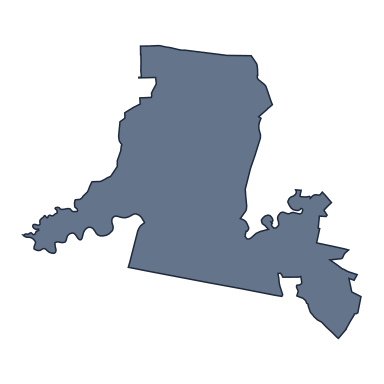 Chichis, Covasna, Romania
{"feature_id": "2599482B66417374459727", "entity_name": "Chichis", "entity_type": "district", "adm_level": 2, "iso_a3": "ROU", "parent_name": "Romania", "parent_adm1": "Covasna", "projection": "orthographic", "projection_center": [25.8, 45.769], "detail": "fine", "context": "isolated", "style": "filled", "palette": "slate", "viewbox_px": 384, "rotation_deg": 0, "n_neighbors": 0, "source": "geoboundaries", "source_scale": "gbopen_adm2", "svg_char_len": 5885}
<svg xmlns="http://www.w3.org/2000/svg" viewBox="0 0 384 384"><path d="M357.8,312.9L361.0,296.6L351.8,292.0L348.9,278.4L354.1,280.3L357.2,274.6L348.6,271.8L346.8,271.0L344.2,269.5L342.1,268.7L337.1,264.9L329.9,259.9L340.4,258.8L341.9,258.5L342.5,257.9L343.9,254.8L344.5,253.8L345.5,252.7L348.6,250.0L344.6,248.9L332.8,246.3L316.6,242.9L319.7,228.6L318.2,228.2L319.4,216.1L326.1,216.5L327.1,215.1L324.1,210.5L324.0,210.1L328.1,205.8L331.5,202.6L325.3,195.3L322.3,192.1L320.0,194.9L318.6,195.1L315.8,194.7L313.8,195.1L312.2,196.3L310.3,198.3L310.1,196.9L309.5,196.4L306.0,197.0L302.2,196.8L300.2,196.4L300.1,195.1L301.2,190.3L295.6,189.8L296.2,191.2L296.3,192.4L296.0,193.4L295.5,194.3L293.4,196.1L291.3,196.8L290.2,197.6L289.1,198.7L288.0,201.1L287.8,201.9L288.5,203.7L289.7,206.0L291.3,208.2L293.1,209.6L295.6,210.3L297.3,210.5L298.6,210.4L300.0,209.6L300.8,208.5L301.6,208.6L302.5,209.2L302.7,210.2L302.5,211.3L302.0,212.4L301.5,213.2L300.7,213.7L299.8,213.9L298.0,213.6L293.5,212.5L292.2,212.5L291.0,212.9L289.2,213.7L288.3,213.8L287.2,213.6L283.4,212.2L282.1,212.2L280.8,212.7L279.7,213.7L278.4,215.5L278.0,216.2L277.7,217.2L277.6,219.0L278.5,221.9L278.7,224.6L278.6,225.3L276.4,227.7L275.5,228.0L273.8,228.1L272.0,226.2L271.6,225.3L271.7,223.8L272.2,223.6L271.2,222.2L271.7,222.4L272.1,222.3L272.8,220.8L272.9,220.4L272.5,218.7L271.3,216.9L270.1,215.7L268.8,215.2L267.1,215.3L264.6,216.3L262.4,218.5L261.4,220.2L261.8,222.3L262.4,223.7L265.4,225.9L266.0,226.7L268.5,229.3L260.2,231.5L256.1,233.4L251.2,237.8L249.1,239.0L247.6,239.0L246.8,238.7L245.0,236.1L246.1,231.3L247.1,231.3L248.5,229.4L248.7,228.2L248.6,227.1L248.1,226.5L247.4,224.4L246.0,221.8L244.1,220.2L242.1,219.2L240.3,218.6L245.5,211.3L246.1,210.2L246.4,209.2L246.7,205.8L245.8,196.9L245.3,189.7L245.3,189.0L245.6,187.7L246.2,185.5L250.5,168.4L255.1,155.0L260.4,138.1L260.5,134.9L258.9,129.0L258.8,125.5L259.4,122.3L261.0,118.3L258.7,116.7L267.0,109.5L267.6,108.7L268.7,107.9L272.4,104.7L270.8,100.7L267.4,90.5L265.8,86.2L265.4,85.6L264.3,84.4L258.3,79.5L257.3,78.0L257.3,75.5L257.7,75.4L257.5,68.6L257.1,65.2L256.6,63.7L251.2,55.7L226.9,55.4L184.4,50.1L183.4,50.2L181.3,50.1L177.7,49.4L171.6,47.9L168.3,47.3L166.3,47.1L160.1,45.7L158.0,45.6L149.4,46.0L140.5,46.1L140.6,54.8L140.9,54.8L141.0,62.8L140.9,69.0L140.8,70.0L141.4,77.1L138.8,77.3L138.8,77.9L155.6,77.5L156.3,83.5L155.7,85.1L153.2,89.6L151.5,93.2L151.7,95.9L151.3,97.4L139.8,97.9L140.2,104.0L133.5,107.4L124.8,112.7L124.9,118.2L120.0,121.7L118.6,136.3L119.3,140.9L121.0,143.6L121.7,144.3L121.8,144.7L121.7,145.3L121.3,145.9L120.7,151.0L117.2,161.0L117.4,163.1L117.1,164.3L117.4,166.0L116.8,167.2L111.2,175.6L110.6,176.4L107.3,177.8L104.9,179.3L100.9,181.3L99.3,181.5L92.2,181.7L91.8,182.0L89.9,186.0L88.5,189.7L87.5,191.9L83.7,195.6L83.2,196.0L82.5,197.1L81.7,198.1L80.4,199.1L79.7,199.4L75.9,199.7L75.5,199.8L75.1,200.2L74.9,200.4L74.8,201.8L74.6,202.1L74.5,203.2L74.6,205.2L74.8,206.2L74.7,206.6L75.1,207.4L76.4,208.3L77.2,209.1L77.5,210.6L77.2,211.4L76.8,211.6L75.6,211.5L73.5,211.6L72.4,211.4L71.5,210.5L70.1,208.9L69.0,208.6L67.5,208.6L63.5,209.3L61.5,209.4L60.2,209.0L59.7,208.2L59.0,207.6L57.6,207.3L55.8,207.6L55.5,207.8L55.1,208.3L55.2,208.6L55.6,209.2L56.7,210.0L57.0,210.7L57.1,211.9L57.3,212.1L57.1,213.0L56.3,213.5L55.9,213.6L54.8,214.2L53.3,215.6L52.6,215.8L51.7,215.8L50.1,215.2L49.7,215.2L48.8,215.6L48.2,216.2L47.7,217.5L47.4,217.8L46.6,217.6L46.4,217.4L45.2,215.8L44.8,215.6L44.3,215.8L43.2,217.3L41.6,218.4L40.1,220.0L39.8,221.3L40.1,224.0L39.8,224.5L39.5,224.8L38.7,225.1L37.7,225.2L35.9,224.5L34.1,224.4L33.4,224.7L32.9,225.2L32.8,225.6L32.8,226.4L33.1,227.4L33.9,228.3L36.0,229.5L38.0,229.0L38.4,229.1L38.8,229.6L38.7,230.1L38.5,230.5L36.4,231.4L35.8,232.1L35.3,233.6L35.0,234.0L34.2,234.6L33.8,234.7L32.9,234.4L32.3,233.7L31.0,232.7L30.0,233.0L29.1,233.6L28.7,234.1L27.3,234.2L26.0,233.9L25.1,234.2L24.6,234.5L24.5,234.8L23.9,235.0L23.0,235.0L23.9,235.9L24.7,236.4L26.1,237.1L30.0,237.4L31.7,238.0L33.3,239.1L34.8,240.8L35.5,242.1L35.5,242.9L35.3,243.6L34.3,246.2L34.0,247.5L34.0,248.5L34.1,248.9L34.5,249.3L36.7,250.2L38.2,250.6L39.1,250.5L40.3,250.3L41.2,249.7L42.9,248.8L43.8,248.6L44.4,248.6L45.7,249.2L47.6,251.0L49.3,252.3L52.0,253.2L53.8,253.3L54.7,253.0L55.3,252.4L55.7,251.8L56.0,250.5L55.9,249.2L55.1,246.2L55.1,245.0L54.9,243.7L54.9,243.0L55.1,242.7L56.3,242.1L57.3,241.9L58.5,242.0L60.9,242.5L62.8,242.6L64.7,242.2L65.3,241.8L66.1,240.5L67.3,236.2L67.8,235.5L69.0,234.3L69.9,233.7L72.3,233.0L73.2,233.1L74.2,233.5L75.8,235.1L77.9,238.3L78.8,239.2L79.6,239.7L80.6,239.8L81.3,239.4L82.0,238.3L83.5,232.6L84.0,231.5L84.8,230.2L85.8,229.0L87.5,227.7L88.3,227.4L89.9,227.3L91.2,227.5L92.8,228.4L95.0,231.2L96.2,233.3L97.3,234.5L97.9,235.0L100.7,236.0L101.2,235.8L103.2,235.9L106.5,235.2L108.0,234.4L109.3,233.6L112.2,230.8L112.7,229.9L113.1,228.4L113.1,227.5L113.1,226.4L112.1,223.2L111.9,222.0L111.8,220.6L111.9,219.7L112.3,218.5L113.0,217.5L113.9,216.7L114.7,216.3L115.5,216.1L117.0,216.2L121.8,217.5L125.1,217.8L128.2,217.0L130.5,215.9L133.2,214.4L134.6,213.9L136.2,214.0L139.0,215.1L140.4,216.3L141.8,217.9L142.7,219.7L143.7,221.0L144.6,222.6L140.9,225.5L140.3,226.2L139.0,228.2L137.8,230.8L129.9,261.8L128.3,267.3L148.1,271.2L207.5,282.5L241.3,288.7L274.6,295.2L281.8,296.4L282.7,294.8L279.8,285.8L279.2,282.9L278.8,278.4L278.1,274.4L278.0,273.4L280.5,273.2L282.0,275.4L282.8,277.2L298.8,277.1L300.8,276.5L301.7,281.9L301.7,282.7L301.3,283.7L300.4,284.5L299.4,284.9L296.9,285.2L296.5,286.0L296.5,286.8L296.7,287.7L297.9,290.3L298.2,291.3L296.8,295.9L299.9,297.2L302.7,298.1L305.0,300.0L305.7,300.9L306.1,301.6L306.6,303.2L308.3,304.3L308.1,305.3L308.3,306.3L310.3,312.0L310.8,312.8L312.6,314.8L314.3,317.0L317.5,319.9L321.5,322.0L326.8,327.5L331.1,331.4L336.9,337.2L338.4,338.4L346.3,329.1L346.1,328.9L350.4,321.1L354.0,315.2L354.4,314.0L356.1,313.7L357.8,312.9Z" fill="#64748b" stroke="#1e293b" stroke-width="1.5"/></svg>